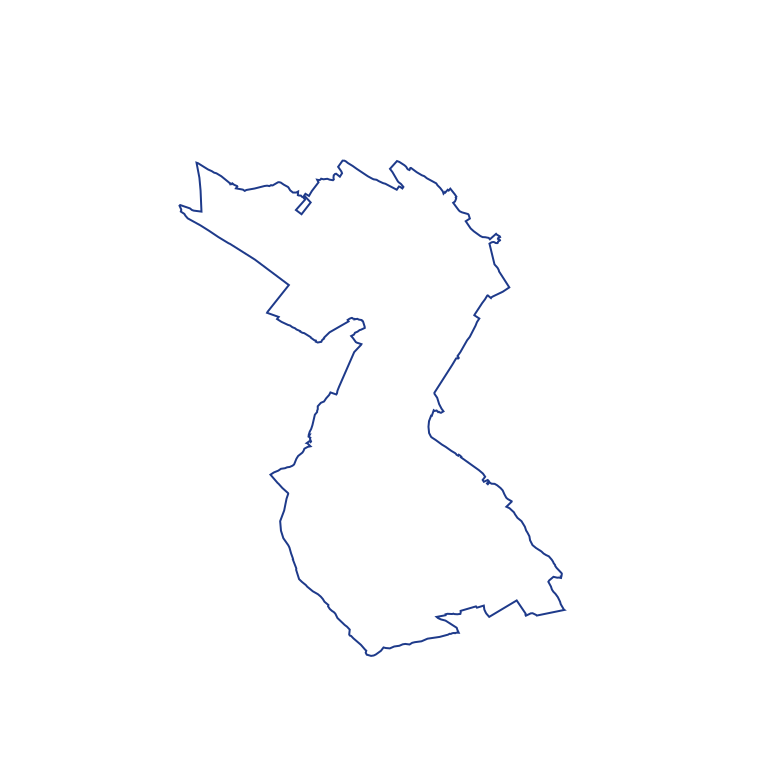 outline of Ion Neculce, Iasi, Romania, rotated 327°
{"feature_id": "2599482B15077063893597", "entity_name": "Ion Neculce", "entity_type": "district", "adm_level": 2, "iso_a3": "ROU", "parent_name": "Romania", "parent_adm1": "Iasi", "projection": "mercator", "projection_center": [27.043, 47.198], "detail": "fine", "context": "isolated", "style": "outline", "palette": "blue", "viewbox_px": 768, "rotation_deg": 327, "n_neighbors": 0, "source": "geoboundaries", "source_scale": "gbopen_adm2", "svg_char_len": 6140}
<svg xmlns="http://www.w3.org/2000/svg" viewBox="0 0 768 768"><g transform="rotate(327 384 384)"><path d="M366.1,133.2L365.2,133.5L364.7,132.4L363.9,132.6L364.0,131.7L363.7,130.4L360.7,121.1L358.2,116.0L356.6,114.2L355.5,111.7L353.3,108.3L348.3,97.6L347.3,96.3L341.5,110.5L335.5,121.9L324.8,140.0L318.9,135.0L317.7,133.5L316.9,131.0L310.5,122.9L309.6,123.1L309.0,127.2L308.4,128.0L307.5,128.7L309.2,132.6L309.1,134.6L309.6,138.2L316.5,151.1L320.7,160.2L325.1,170.5L330.3,181.3L331.1,182.5L343.5,209.4L358.1,249.2L325.8,260.0L324.7,260.6L332.2,270.4L329.7,271.3L331.9,276.1L335.7,282.2L337.1,283.8L338.1,286.5L339.7,288.7L340.3,290.6L342.5,293.9L342.2,294.2L343.4,296.5L344.8,297.9L348.0,304.7L347.9,305.4L349.4,309.3L350.5,310.5L349.8,311.3L351.0,313.1L354.4,314.5L355.9,313.5L358.1,313.3L358.0,313.0L359.4,312.4L366.5,311.0L388.4,312.2L388.4,310.5L390.7,310.5L392.7,310.9L393.2,311.2L393.6,312.3L394.9,313.5L394.6,313.8L397.1,314.8L398.0,316.3L400.0,318.1L400.3,318.9L400.1,319.4L400.5,320.0L399.0,325.4L398.4,326.5L394.1,325.9L392.9,325.5L390.3,325.7L387.6,325.2L385.7,326.2L382.6,325.9L383.0,328.7L383.2,333.5L383.8,334.6L386.8,338.3L386.3,338.6L376.4,341.0L344.7,361.9L341.3,364.3L339.5,366.2L338.3,366.8L334.5,361.9L332.1,363.3L327.7,364.5L324.2,366.0L320.8,365.4L316.3,366.6L314.7,369.1L313.4,370.0L312.6,371.1L309.3,372.1L301.6,379.5L298.5,382.0L295.8,383.5L293.4,385.5L294.3,386.0L292.1,387.1L293.0,388.9L292.0,389.7L291.5,392.5L290.8,392.7L290.6,391.3L287.0,391.5L287.5,392.1L288.4,396.2L285.9,395.2L282.0,394.9L280.2,396.2L278.2,397.1L272.8,397.6L269.8,399.0L264.8,402.5L262.8,402.7L259.7,402.2L257.4,401.1L255.1,400.7L251.4,399.0L248.2,399.1L243.5,398.2L239.4,398.2L240.9,409.2L241.2,410.1L242.1,415.8L244.1,423.2L243.9,423.9L239.8,427.1L231.4,435.7L222.2,442.5L217.7,450.9L215.6,458.5L215.9,467.2L215.6,469.7L213.8,475.5L212.7,480.2L212.3,481.5L212.0,481.5L210.0,490.9L209.1,492.0L206.5,501.4L207.4,505.3L209.0,510.2L209.2,512.1L211.4,519.1L214.1,524.3L215.2,528.0L215.6,531.1L215.5,534.2L217.0,539.1L216.0,540.0L216.0,543.1L216.8,546.0L217.7,548.0L218.1,550.1L217.5,554.9L219.8,564.7L220.8,567.4L221.5,571.3L218.4,575.1L218.3,576.3L219.2,577.4L219.8,580.6L222.6,590.2L223.5,596.7L223.9,598.0L222.3,599.4L222.1,601.6L225.1,605.0L227.5,606.1L229.8,606.4L236.1,606.1L240.1,604.7L241.7,606.4L244.9,608.9L249.6,609.7L254.3,611.9L257.9,612.5L260.3,613.6L263.6,616.4L266.6,616.4L269.2,617.3L275.3,620.2L281.8,621.3L292.9,626.4L301.2,629.1L302.9,629.2L304.0,630.0L305.5,630.2L307.3,631.0L307.8,631.7L309.4,632.0L311.2,633.3L311.6,630.3L312.2,628.0L306.7,615.9L303.5,612.4L301.8,609.7L301.3,608.0L309.8,611.5L310.2,611.2L310.3,610.7L312.1,611.3L315.8,614.0L317.1,614.4L317.5,615.1L320.0,617.0L322.8,618.4L323.9,617.4L324.7,616.0L340.0,620.6L340.1,622.2L347.0,624.2L345.3,627.8L344.8,631.3L344.8,632.4L345.4,636.6L377.4,637.8L377.7,653.8L376.9,654.6L376.8,655.6L382.2,656.3L383.8,657.2L385.9,660.7L386.0,661.4L412.2,671.7L412.0,671.2L412.3,665.0L413.1,662.4L413.7,657.5L413.5,653.4L412.9,650.4L412.9,647.8L413.7,644.8L414.1,639.4L415.6,638.7L421.1,638.0L423.8,640.8L425.3,641.6L426.8,643.1L427.7,642.2L427.7,641.6L428.3,641.7L429.8,640.0L429.9,639.4L428.6,632.3L428.5,629.9L428.9,629.0L428.7,626.7L429.0,625.1L429.0,622.7L428.4,618.3L426.8,615.8L425.5,613.1L424.8,610.1L422.2,604.4L420.8,600.0L421.4,594.6L423.0,590.9L423.4,586.5L423.4,584.3L424.4,580.5L424.6,573.9L423.0,568.9L422.9,564.5L423.1,562.4L421.6,556.5L419.8,553.6L427.0,552.2L427.2,551.9L425.1,547.8L424.6,546.0L424.9,542.1L425.6,537.9L425.1,534.8L423.7,530.5L422.4,528.0L419.8,526.1L418.9,523.9L416.5,524.6L416.2,523.5L419.0,522.6L418.7,521.0L414.5,520.4L414.5,518.2L418.3,516.9L418.2,513.0L416.7,508.0L408.6,487.4L409.2,487.2L408.9,485.7L408.2,484.1L407.2,484.6L406.3,482.8L406.3,481.8L406.0,480.7L404.1,476.9L401.5,470.3L399.6,466.4L396.8,459.0L395.1,455.2L394.7,453.9L395.1,449.7L398.0,444.1L401.5,439.7L406.3,436.2L406.8,436.7L411.4,433.1L411.8,434.2L413.7,434.9L414.1,437.1L414.9,437.2L415.6,438.7L416.2,439.2L419.0,439.3L418.8,436.0L419.3,430.9L421.1,424.5L421.0,419.7L421.5,418.8L451.7,405.1L458.2,401.9L458.6,401.8L460.1,403.0L460.8,402.9L461.0,402.5L460.9,400.6L465.3,398.9L477.5,392.6L481.6,391.2L492.6,384.9L495.7,382.7L499.6,381.0L497.2,375.5L497.7,375.2L510.4,369.6L514.8,368.0L518.7,366.1L519.3,366.2L520.5,370.2L521.3,369.8L523.2,369.9L533.9,371.3L541.7,371.2L541.8,352.4L542.3,350.8L542.5,348.4L541.8,343.9L548.9,323.7L551.5,323.8L553.0,324.4L553.9,325.3L554.3,326.4L555.6,327.5L556.2,327.6L557.3,326.7L559.5,326.7L559.6,326.1L558.7,325.0L558.6,324.3L559.5,323.7L561.4,324.0L561.5,323.2L560.0,320.3L559.8,319.1L551.6,320.3L551.4,318.5L548.8,316.0L546.7,314.5L545.4,312.4L542.5,304.9L541.4,300.8L541.2,292.0L546.1,292.0L547.2,288.0L547.0,287.2L542.8,282.4L541.6,280.4L541.3,278.9L540.7,269.7L542.9,269.6L545.5,267.8L545.7,266.7L546.7,266.4L546.7,263.7L546.0,256.3L543.6,257.0L543.2,255.8L539.7,256.8L539.6,256.2L537.6,256.8L538.2,254.5L537.9,250.2L537.1,246.5L537.1,244.2L532.0,234.8L531.0,231.7L529.4,229.5L526.8,224.2L524.3,217.5L523.8,217.2L521.9,218.4L521.0,217.1L520.8,216.2L520.9,213.9L520.3,211.7L517.8,206.1L516.3,204.1L506.2,206.8L506.5,210.9L506.0,221.2L506.1,222.5L507.2,225.6L507.6,229.3L505.9,230.0L504.9,227.5L504.1,226.5L500.5,228.0L494.2,216.8L492.6,215.0L490.1,211.0L489.0,208.7L486.7,206.6L485.7,204.9L483.6,201.0L478.3,188.7L476.5,184.1L474.1,179.1L473.2,176.4L472.4,175.1L470.9,174.1L463.8,176.9L464.0,182.5L463.6,184.4L459.9,186.1L458.4,181.6L457.4,181.2L455.5,181.6L453.9,183.6L453.3,185.1L452.2,185.3L449.7,183.0L448.2,181.0L444.8,179.4L443.1,177.6L441.9,178.0L440.6,177.6L439.2,176.3L438.9,179.2L428.5,182.9L423.5,185.4L421.7,181.7L419.7,182.5L421.4,191.8L407.3,196.7L404.9,190.1L418.2,186.4L418.3,185.5L418.0,184.6L417.9,183.1L417.2,182.4L416.9,180.7L415.3,179.6L414.6,178.7L416.8,175.8L414.7,175.6L411.9,173.8L410.8,170.5L410.9,167.4L410.8,166.5L408.5,162.2L407.1,158.8L405.8,157.5L404.9,157.1L398.9,156.8L398.2,156.5L397.6,155.7L395.7,155.6L394.0,154.0L391.7,152.9L382.0,149.6L374.2,146.3L372.4,146.2L371.5,144.1L366.4,139.3L368.6,138.4L368.6,138.0L366.8,135.3L366.1,133.2Z" fill="none" stroke="#1e3a8a" stroke-width="2"/></g></svg>